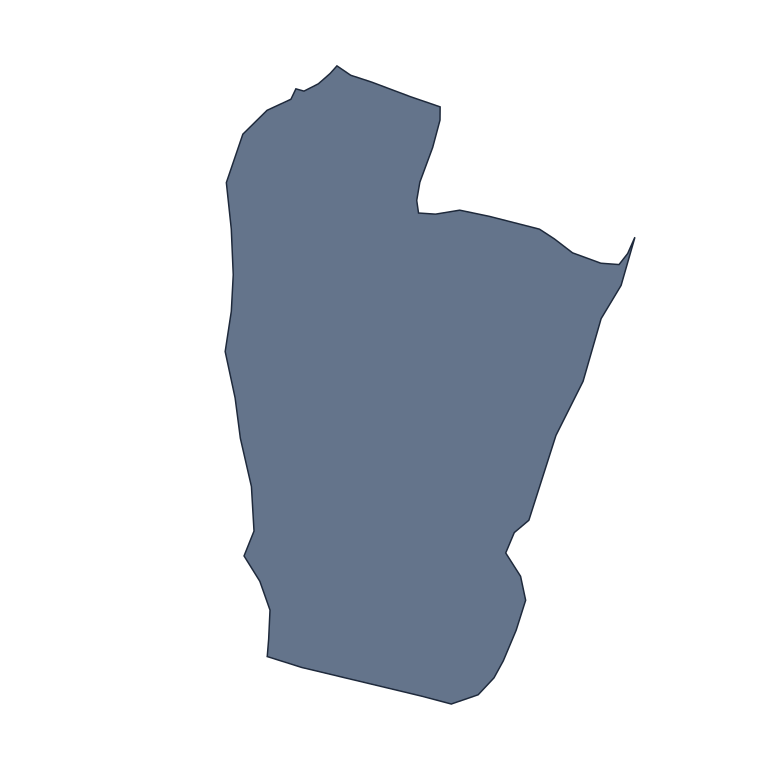 outline of Orsa, Dalarna, Sweden, rotated 15°
{"feature_id": "70781695B64555643883155", "entity_name": "Orsa", "entity_type": "district", "adm_level": 2, "iso_a3": "SWE", "parent_name": "Sweden", "parent_adm1": "Dalarna", "projection": "orthographic", "projection_center": [14.747, 61.336], "detail": "fine", "context": "isolated", "style": "filled", "palette": "slate", "viewbox_px": 768, "rotation_deg": 15, "n_neighbors": 0, "source": "geoboundaries", "source_scale": "gbopen_adm2", "svg_char_len": 909}
<svg xmlns="http://www.w3.org/2000/svg" viewBox="0 0 768 768"><g transform="rotate(15 384 384)"><path d="M222.5,121.7L220.4,133.0L200.2,149.9L183.0,179.2L179.6,230.3L196.4,273.9L210.1,317.5L217.7,353.3L222.2,393.8L243.8,436.0L259.3,473.6L282.5,517.4L296.5,559.7L293.3,586.3L314.5,606.1L315.2,606.8L332.4,631.9L338.6,660.2L341.6,676.6L341.7,677.5L377.9,679.1L500.4,675.8L531.9,675.7L533.0,674.9L555.4,659.8L566.3,639.4L570.9,620.5L575.4,587.6L576.8,556.2L565.7,534.4L545.3,515.7L548.3,493.8L559.2,478.1L563.4,389.2L575.6,329.9L576.8,264.7L587.5,227.4L588.4,177.4L588.3,177.6L585.6,194.9L580.1,207.8L562.2,211.2L532.1,208.5L510.9,199.7L494.1,194.2L442.3,194.8L412.1,196.5L389.8,206.6L373.1,209.9L368.1,198.2L366.4,179.8L369.8,143.0L369.8,114.6L366.5,101.8L334.8,99.6L294.2,95.6L272.0,94.4L256.2,88.9L251.6,98.0L242.9,111.0L230.9,121.8L222.5,121.7Z" fill="#64748b" stroke="#1e293b" stroke-width="1.5"/></g></svg>